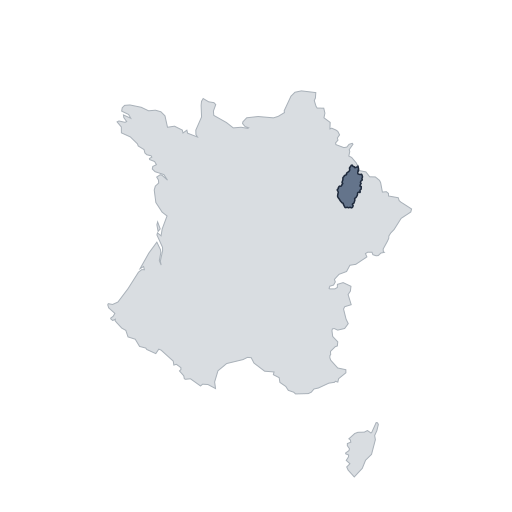 where Meuse sits in France, rotated 20°
{"feature_id": "FRA-5326", "entity_name": "Meuse", "entity_type": "Metropolitan department", "adm_level": 1, "iso_a3": "FRA", "parent_name": "France", "parent_adm1": "", "projection": "orthographic", "projection_center": [5.366, 49.01], "detail": "fine", "context": "in_parent", "style": "filled", "palette": "slate", "viewbox_px": 512, "rotation_deg": 20, "n_neighbors": 0, "source": "natural_earth", "source_scale": "10m", "svg_char_len": 6328}
<svg xmlns="http://www.w3.org/2000/svg" viewBox="0 0 512 512"><g transform="rotate(20 256 256)"><path d="M375.3,208.7L372.4,210.5L370.7,213.8L368.8,214.7L365.4,214.8L363.7,212.8L359.7,214.2L358.0,216.3L360.5,218.9L352.6,229.7L347.4,232.6L346.4,239.6L340.3,244.8L338.0,250.3L337.8,251.4L339.4,253.2L338.8,256.8L335.7,259.1L335.7,261.4L336.6,261.7L341.4,259.9L343.2,257.7L342.2,254.8L347.0,251.2L355.6,252.0L356.7,256.7L355.7,260.7L362.1,269.2L356.7,273.3L356.4,275.9L362.2,284.5L365.8,288.0L364.1,293.8L358.1,297.7L354.3,297.4L352.7,298.4L352.9,300.2L355.6,305.4L362.2,308.7L363.2,312.7L361.5,314.1L358.6,320.2L359.9,323.1L359.5,324.4L360.2,326.4L361.9,328.4L371.1,333.3L379.3,332.1L380.4,335.0L375.6,343.0L376.0,346.5L373.4,346.6L373.0,347.8L367.9,350.6L359.8,358.7L356.0,361.1L354.5,365.1L352.2,367.4L340.3,372.1L338.1,371.1L332.3,371.2L328.6,368.4L321.7,366.6L319.4,362.4L312.9,361.6L312.6,358.8L303.5,361.3L290.7,357.3L286.3,353.2L282.6,354.2L279.2,357.8L265.2,367.1L259.5,376.9L260.2,388.5L263.3,394.4L254.8,393.2L249.7,394.7L248.3,397.1L236.4,393.8L231.8,396.0L230.6,395.8L229.1,393.3L223.4,390.2L224.3,388.4L223.6,386.6L218.2,385.0L216.1,386.6L214.2,383.1L199.0,376.9L196.5,376.8L195.2,382.0L185.3,381.2L183.9,380.2L177.5,380.8L171.0,375.5L163.4,375.8L159.1,370.4L154.6,369.7L148.5,366.6L145.7,365.0L145.5,363.5L143.4,365.6L141.1,364.8L140.7,364.1L142.4,361.5L143.0,358.2L135.3,355.1L133.4,352.6L133.5,351.3L137.8,350.6L142.0,346.5L146.9,330.5L151.1,311.4L153.3,307.9L155.8,307.1L154.0,304.3L151.4,307.5L154.3,289.9L158.1,276.9L164.1,282.8L165.4,285.3L166.7,293.4L170.0,297.0L167.9,293.6L166.4,282.9L165.2,279.8L155.7,270.1L155.5,268.0L159.9,269.5L158.6,262.7L158.7,248.8L152.8,246.9L143.6,240.0L137.8,228.8L137.5,224.8L139.6,220.7L138.3,217.9L135.7,215.8L138.2,212.4L140.2,212.3L146.9,215.0L141.6,211.0L132.3,211.3L128.8,209.7L128.4,207.1L131.2,204.2L128.4,201.9L123.1,201.8L122.5,200.9L124.3,198.7L123.1,197.7L118.8,198.2L116.4,197.2L114.4,194.3L107.7,192.9L106.3,191.2L97.3,187.1L87.4,186.3L85.3,180.8L79.6,177.5L81.0,176.0L87.2,175.2L88.5,173.9L84.5,171.2L83.2,168.8L91.2,169.4L87.9,166.6L80.2,165.8L79.6,162.5L81.0,159.4L85.8,157.2L97.3,155.5L105.4,156.3L111.6,153.4L117.3,153.0L122.5,155.4L128.8,165.3L135.0,161.9L143.7,162.9L145.3,165.4L148.0,161.4L149.7,164.0L160.3,164.2L158.0,162.4L156.4,158.3L157.3,144.0L152.9,133.2L151.9,129.3L152.5,126.1L158.7,127.3L164.0,126.3L166.4,127.5L166.4,134.3L168.2,138.3L182.6,140.7L190.8,143.4L198.0,140.1L204.7,138.9L205.3,138.0L201.5,138.1L198.1,136.2L197.8,134.4L200.0,129.3L210.3,124.2L225.2,120.2L229.1,117.2L233.7,111.5L232.8,109.9L234.2,93.9L236.6,88.8L242.2,85.3L256.3,82.0L257.8,87.2L257.6,90.0L261.1,94.7L262.9,96.1L269.1,93.9L271.9,98.2L272.6,102.9L280.0,105.1L282.0,111.3L283.4,110.0L288.0,110.3L290.2,110.9L293.1,113.6L292.1,117.3L293.4,119.1L292.1,122.5L293.0,124.0L301.5,124.1L304.1,122.6L305.3,119.2L307.9,117.2L308.9,117.8L307.2,124.2L308.4,125.8L309.0,130.3L312.2,130.7L318.6,134.4L323.9,140.4L330.5,139.4L335.7,142.7L341.1,140.9L346.2,142.7L348.0,144.4L352.9,152.7L356.5,151.0L359.1,151.9L360.0,154.3L369.7,152.6L371.6,155.0L373.6,155.8L386.1,158.6L386.4,161.7L379.5,171.0L376.7,183.9L374.7,188.4L374.0,191.8L374.7,194.0L374.4,197.5L373.1,205.9L374.1,208.3L375.3,208.7ZM429.3,378.8L428.9,384.1L431.0,387.8L432.4,402.9L428.8,410.4L428.5,419.2L423.9,430.0L415.8,425.7L413.4,423.2L415.3,419.1L410.7,417.2L411.6,413.2L411.1,411.3L407.9,411.2L407.7,410.2L409.9,407.1L409.8,405.2L406.7,403.0L406.0,401.0L408.8,398.5L407.4,396.4L405.8,396.0L409.5,389.0L412.1,386.8L418.0,384.5L420.4,381.9L424.5,383.0L425.1,382.3L425.9,371.4L427.3,371.2L428.6,372.5L429.3,378.8ZM156.7,263.3L155.6,266.4L152.2,260.6L151.9,257.6L156.7,263.3Z" fill="#d9dde1" stroke="#a8b0b8" stroke-width="1"/><path d="M321.2,136.9L321.4,137.1L322.6,139.1L322.7,139.5L322.7,139.8L322.6,140.2L322.6,140.5L322.7,140.8L323.2,140.9L323.2,141.3L322.9,141.7L322.9,142.1L322.9,142.3L323.4,143.6L323.5,143.7L323.7,143.9L324.0,144.0L325.6,143.9L326.2,143.7L326.7,143.3L327.1,143.1L327.6,143.3L328.4,144.3L328.9,145.0L329.0,145.4L329.1,145.9L329.1,146.4L329.0,146.8L329.1,147.2L329.3,147.5L329.7,147.8L329.8,148.0L329.8,148.4L329.1,149.4L329.0,149.8L328.9,150.8L329.0,151.2L329.2,151.5L329.9,151.8L329.9,152.3L329.7,153.0L329.6,153.3L329.7,154.1L329.7,154.5L329.9,154.8L330.2,154.9L331.1,154.7L331.3,155.0L331.8,156.8L331.9,157.1L331.8,157.4L331.4,158.2L331.3,158.6L331.3,159.1L331.5,159.5L331.9,159.9L332.0,160.0L332.0,160.4L332.0,160.7L331.9,160.8L331.7,160.9L331.1,160.7L330.8,160.8L330.1,161.4L330.0,161.7L329.9,161.9L329.9,162.2L330.0,162.4L330.1,162.6L330.3,163.4L330.4,164.2L330.3,165.2L330.0,166.7L329.8,167.1L329.4,167.7L329.1,168.1L329.1,168.5L329.3,168.9L329.6,169.2L329.8,169.6L329.9,172.2L329.9,172.7L329.7,173.2L329.1,173.7L328.9,174.3L329.0,174.6L329.1,174.8L329.9,175.3L330.0,175.4L330.1,175.6L330.1,175.9L330.1,176.8L329.8,177.6L329.4,178.0L329.0,178.2L327.8,178.0L326.5,179.0L326.2,179.1L325.4,179.0L325.1,179.0L323.9,179.8L323.3,180.0L322.7,179.7L320.4,177.5L320.2,177.2L320.1,176.9L319.9,176.7L319.5,176.6L318.7,176.6L318.3,176.4L316.3,175.3L314.6,173.9L313.6,173.3L312.7,172.6L312.5,172.3L312.2,171.9L312.1,171.5L312.0,171.2L311.9,170.1L311.7,169.9L311.7,168.8L311.5,167.9L310.7,167.0L309.9,166.4L309.7,166.1L309.7,165.8L309.8,165.4L310.2,164.8L310.3,164.6L310.2,164.2L310.1,163.9L310.0,163.6L310.1,163.2L310.2,162.5L310.4,162.1L310.6,161.8L310.9,161.7L311.7,161.5L311.9,161.4L312.0,161.3L312.1,161.1L312.2,160.9L312.3,160.7L312.4,160.4L312.4,160.0L312.3,159.5L312.4,159.1L312.5,158.9L312.7,158.7L312.7,158.3L312.6,158.0L312.4,157.9L311.9,157.7L311.7,157.5L311.6,157.1L311.6,155.5L311.6,155.1L311.5,154.5L310.9,152.8L310.9,152.5L311.0,152.2L311.2,151.8L311.5,151.2L311.5,150.3L312.4,149.3L313.0,148.9L313.1,148.7L313.2,148.4L313.1,148.1L313.0,147.9L312.9,147.6L312.8,147.4L312.9,147.1L313.0,146.8L313.7,145.7L314.2,145.1L314.6,144.0L314.7,143.6L314.6,143.3L314.4,142.7L314.4,142.3L314.3,142.2L313.9,141.8L313.9,141.6L313.7,140.9L313.7,140.7L313.8,140.6L313.9,140.4L314.2,140.0L314.3,139.4L314.3,139.2L314.4,138.9L314.4,138.7L314.5,138.2L315.0,137.8L315.3,137.7L315.6,137.8L316.3,138.5L316.6,138.6L316.8,138.6L317.8,138.5L318.0,138.6L318.3,138.8L318.3,139.0L318.7,139.2L319.1,139.0L320.3,137.9L320.7,137.7L321.2,137.4L321.2,136.9Z" fill="#64748b" stroke="#1e293b" stroke-width="1.5"/></g></svg>